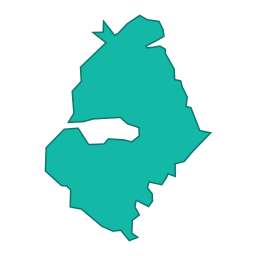 outline of Gothèye, Tillabéri, Niger
{"feature_id": "23599985B45142923275636", "entity_name": "Gothèye", "entity_type": "district", "adm_level": 2, "iso_a3": "NER", "parent_name": "Niger", "parent_adm1": "Tillabéri", "projection": "natural_earth1", "projection_center": [1.28, 13.795], "detail": "fine", "context": "isolated", "style": "filled", "palette": "teal", "viewbox_px": 256, "rotation_deg": 0, "n_neighbors": 0, "source": "geoboundaries", "source_scale": "gbopen_adm2", "svg_char_len": 998}
<svg xmlns="http://www.w3.org/2000/svg" viewBox="0 0 256 256"><path d="M45.4,171.0L61.4,185.5L67.0,186.1L70.7,190.1L70.2,206.9L81.5,209.1L101.9,226.3L112.8,231.1L120.8,230.3L129.3,240.6L137.7,237.3L131.8,233.1L132.3,220.3L139.3,215.0L134.9,206.9L136.2,200.2L148.6,206.6L152.5,201.1L152.2,193.8L147.4,187.8L148.9,181.9L161.8,184.7L166.4,177.7L168.0,173.8L175.2,176.4L175.1,163.8L184.3,161.4L192.5,151.6L210.6,132.8L199.8,130.6L190.9,107.7L186.0,106.4L187.3,97.2L182.3,87.1L180.7,80.9L174.7,79.6L174.1,69.0L165.4,53.6L165.4,49.3L159.9,46.1L152.4,47.4L147.0,47.8L146.0,45.9L155.2,41.3L164.0,36.2L163.0,29.6L159.0,21.4L147.1,19.7L139.7,15.4L127.2,23.8L118.1,33.4L114.6,35.3L103.6,21.2L103.2,32.2L93.1,32.5L106.0,42.7L80.5,67.2L81.3,81.4L72.2,91.3L73.9,113.3L68.3,122.4L83.5,121.6L93.3,118.9L120.3,117.4L127.5,123.8L138.9,127.6L139.3,135.9L131.7,141.9L124.0,139.9L108.3,138.9L104.0,144.0L88.7,144.6L78.1,128.2L64.2,129.3L46.2,147.7L45.4,171.0Z" fill="#14b8a6" stroke="#0f766e" stroke-width="1.5"/></svg>